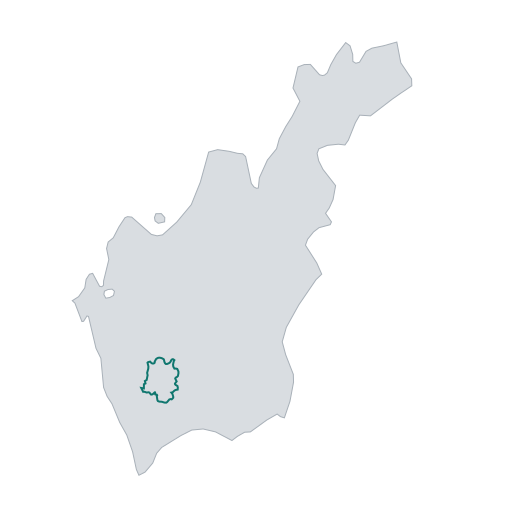 Spitak, Lori, Armenia (highlighted), rotated 258°
{"feature_id": "60910142B40000384571079", "entity_name": "Spitak", "entity_type": "district", "adm_level": 2, "iso_a3": "ARM", "parent_name": "Armenia", "parent_adm1": "Lori", "projection": "albers", "projection_center": [44.201, 40.853], "detail": "fine", "context": "in_parent", "style": "outline", "palette": "teal", "viewbox_px": 512, "rotation_deg": 258, "n_neighbors": 0, "source": "geoboundaries", "source_scale": "gbopen_adm2", "svg_char_len": 3307}
<svg xmlns="http://www.w3.org/2000/svg" viewBox="0 0 512 512"><g transform="rotate(258 256 256)"><path d="M224.6,316.5L220.4,309.8L199.3,287.7L179.9,270.8L166.6,263.8L153.2,264.5L132.5,267.9L124.8,266.5L106.8,259.0L91.8,250.1L93.8,246.5L97.0,243.8L93.3,232.4L85.1,213.9L86.0,208.2L83.4,200.2L80.5,194.1L92.4,179.8L97.8,168.3L99.1,157.0L96.0,145.3L88.4,124.0L83.7,117.8L75.0,112.0L67.7,102.6L65.9,95.9L72.1,94.6L90.2,94.6L107.7,92.4L121.5,88.1L141.4,84.4L149.6,81.2L159.1,79.6L188.2,83.0L199.0,80.3L231.7,79.6L232.5,78.2L228.0,73.8L228.1,72.1L247.5,69.1L250.5,67.0L253.1,74.0L260.4,81.9L268.5,85.0L272.8,89.3L273.0,92.6L258.9,96.7L258.0,98.8L259.0,100.7L263.2,101.7L283.1,111.3L294.4,111.4L300.4,114.3L303.5,120.2L313.1,128.1L320.7,135.8L321.2,138.5L319.9,142.5L298.9,158.1L296.3,163.4L296.1,169.0L305.6,185.5L319.7,203.4L339.8,216.9L367.5,231.3L368.0,240.6L363.9,251.7L360.3,259.2L358.7,264.3L355.4,266.5L327.9,266.5L323.9,268.4L322.1,270.6L322.0,272.4L331.9,275.6L347.5,287.1L356.6,298.4L365.9,303.2L376.5,312.1L385.0,320.4L398.2,331.1L412.6,327.1L432.2,336.4L433.2,343.0L432.1,349.0L420.1,355.8L418.7,358.5L418.7,360.7L420.4,363.9L427.7,369.0L436.3,376.6L446.1,388.1L442.0,391.7L433.1,392.5L426.2,391.2L423.8,393.7L424.0,397.5L433.3,406.2L435.2,412.6L435.1,423.9L436.0,438.2L414.8,437.8L396.9,445.0L390.1,443.8L385.3,431.8L381.2,422.1L369.3,397.1L372.2,386.7L365.7,380.9L350.1,370.4L346.1,366.1L348.2,359.9L349.4,348.8L347.8,339.8L343.7,337.1L336.0,337.1L326.8,339.5L308.3,348.5L295.2,343.1L287.7,337.6L283.3,332.9L273.7,336.9L271.2,335.1L270.6,323.5L267.6,317.3L261.7,310.0L256.3,306.6L236.5,314.0L224.6,316.5ZM253.5,108.4L254.0,104.2L253.1,100.4L249.9,99.2L246.0,100.3L245.8,104.4L247.0,108.4L250.9,110.2L253.5,108.4ZM317.1,172.2L312.6,174.8L308.4,173.7L308.3,167.2L311.3,164.6L314.8,164.7L318.2,166.9L317.1,172.2Z" fill="#d9dde1" stroke="#a8b0b8" stroke-width="1"/><path d="M174.2,127.7L170.4,127.8L168.2,127.2L164.3,125.2L161.9,125.2L160.8,124.7L157.5,123.3L156.8,121.3L154.3,121.4L153.9,119.7L149.8,118.8L150.8,116.3L146.6,117.4L146.6,118.1L146.5,118.3L146.2,119.0L145.2,120.6L145.0,122.7L144.5,123.4L142.4,124.4L142.1,125.3L142.4,126.5L143.7,128.6L143.6,128.9L142.7,128.9L141.8,128.6L141.4,128.8L141.0,130.1L140.3,130.4L139.4,129.8L135.5,129.6L134.5,129.9L133.7,131.1L133.0,133.6L131.7,135.9L131.2,137.7L131.6,138.7L131.9,139.1L133.7,141.4L133.8,142.8L133.3,143.7L133.9,144.7L134.6,145.6L135.2,145.7L135.8,145.8L136.9,145.7L138.4,145.6L140.0,144.8L140.0,146.1L141.1,147.9L141.3,148.3L141.7,149.4L141.6,151.6L143.6,152.2L145.3,152.1L145.8,151.5L146.6,150.6L147.3,150.2L148.0,150.2L148.6,150.8L149.4,151.8L149.8,152.3L152.9,151.5L153.7,152.1L154.2,153.7L154.9,154.7L157.5,155.8L159.2,156.1L161.9,155.5L162.6,154.2L162.8,152.8L165.0,152.1L167.1,152.3L170.2,153.7L171.1,154.5L172.1,153.7L172.4,152.9L172.2,152.1L171.6,151.3L170.8,150.8L170.8,150.7L170.4,150.4L169.6,149.5L169.2,148.3L169.1,147.8L168.9,146.7L169.1,145.4L169.9,144.8L170.8,144.5L171.9,144.4L173.3,144.4L173.5,144.4L174.3,144.2L175.0,143.3L175.2,143.2L175.8,142.3L176.3,141.3L176.7,140.1L176.7,138.8L176.4,137.8L175.8,136.6L174.7,135.8L173.9,135.0L172.7,134.7L172.2,133.8L172.2,133.1L172.4,132.3L172.9,131.6L173.5,131.2L173.8,131.0L174.7,130.5L174.7,129.5L174.6,128.3L174.2,127.7Z" fill="none" stroke="#0f766e" stroke-width="2"/></g></svg>